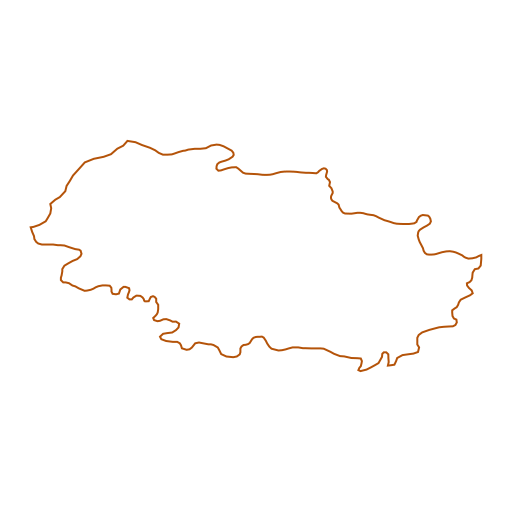 Maladzyechna, Minsk, Belarus
{"feature_id": "67162791B22380901430791", "entity_name": "Maladzyechna", "entity_type": "district", "adm_level": 2, "iso_a3": "BLR", "parent_name": "Belarus", "parent_adm1": "Minsk", "projection": "equal_earth", "projection_center": [26.93, 54.243], "detail": "fine", "context": "isolated", "style": "outline", "palette": "amber", "viewbox_px": 512, "rotation_deg": 0, "n_neighbors": 0, "source": "geoboundaries", "source_scale": "gbopen_adm2", "svg_char_len": 4942}
<svg xmlns="http://www.w3.org/2000/svg" viewBox="0 0 512 512"><path d="M30.7,227.3L32.2,232.0L34.0,236.1L34.4,239.1L36.2,241.9L38.2,243.5L41.8,244.5L47.3,244.5L52.9,244.5L57.9,245.2L60.6,245.2L64.4,245.5L68.9,247.1L71.4,247.9L75.2,249.1L79.1,249.7L80.6,250.7L81.5,253.8L80.4,256.3L77.2,259.1L72.7,260.9L68.2,263.4L64.4,265.7L62.3,269.1L62.3,271.4L61.6,275.4L60.9,277.7L60.9,280.1L63.2,282.4L65.7,282.4L69.0,283.2L72.4,285.5L75.4,286.4L78.7,288.3L84.6,290.8L86.9,290.6L90.7,289.8L93.4,288.7L95.7,287.3L98.4,286.2L102.5,285.4L105.8,285.4L109.7,285.7L111.3,287.7L111.5,289.5L111.5,291.6L112.6,293.8L116.0,294.3L118.9,293.6L119.8,291.0L120.3,289.5L123.5,286.9L125.5,286.9L129.1,288.2L129.5,290.3L128.9,292.3L128.0,294.4L127.3,297.7L129.5,299.4L131.8,299.4L133.4,297.5L136.3,295.7L137.9,295.7L140.4,295.9L142.6,297.5L143.8,299.2L144.2,300.7L144.9,301.3L146.9,301.3L148.7,301.2L149.9,298.7L150.8,297.0L153.0,296.2L154.6,296.9L156.2,298.7L156.2,302.0L158.2,304.8L158.2,309.1L157.7,312.5L156.8,314.3L155.5,315.8L153.2,318.0L154.1,320.1L157.5,321.2L160.0,320.8L163.4,319.3L166.3,319.1L170.1,320.4L172.6,321.7L176.0,321.6L179.2,323.7L178.5,327.5L176.0,330.1L172.2,332.5L167.2,333.1L163.1,333.8L160.0,336.7L161.3,339.2L166.1,341.0L173.1,341.9L177.3,341.9L179.8,343.3L181.0,345.3L181.9,348.3L186.6,349.8L189.5,349.3L191.8,347.6L193.4,345.6L195.2,343.3L199.0,342.5L201.5,343.0L208.3,344.3L210.8,344.3L213.5,345.0L217.8,347.5L219.4,350.4L221.2,354.1L226.4,356.5L233.2,357.2L236.8,356.5L239.7,354.4L240.4,352.2L240.4,348.5L241.5,346.5L243.5,345.0L245.7,344.8L248.1,344.1L249.7,343.0L250.7,341.4L252.0,339.3L253.5,337.8L255.7,337.0L257.7,336.8L259.7,336.8L261.9,336.6L263.7,337.6L265.8,340.7L267.2,343.5L269.3,346.6L271.5,348.7L278.5,350.5L282.0,350.2L285.6,349.4L288.8,348.4L292.6,347.4L298.3,347.4L302.9,348.2L305.4,348.2L311.4,348.4L314.5,348.4L320.5,348.4L323.7,348.7L330.4,351.8L334.0,353.8L340.0,356.1L344.2,356.4L351.3,358.0L357.3,358.2L360.8,358.5L361.9,361.1L361.5,363.4L360.8,366.2L359.4,367.8L358.4,370.1L360.5,371.1L366.5,369.6L370.7,367.5L374.9,365.2L378.5,363.1L382.0,356.9L382.3,353.8L383.8,352.3L386.2,352.3L388.3,354.3L388.4,358.2L388.7,362.1L387.9,365.6L391.2,365.2L394.4,364.7L396.1,361.1L397.2,358.0L402.5,355.1L408.1,354.3L413.4,353.6L418.0,352.0L419.1,347.4L417.3,344.5L417.3,340.7L417.3,337.8L418.7,335.0L422.2,332.4L429.3,329.9L435.3,328.3L439.1,327.3L443.7,326.8L448.7,326.5L452.9,326.3L455.4,325.0L456.8,322.4L456.4,319.6L453.9,318.5L452.5,316.0L452.2,312.6L452.2,310.3L454.6,308.5L456.7,307.2L458.1,304.9L458.9,302.4L460.7,299.7L465.4,297.4L470.0,295.3L472.7,293.3L471.7,290.4L468.9,287.9L467.1,285.5L466.9,283.3L469.6,282.1L471.4,280.3L472.2,277.7L472.5,274.2L472.7,272.6L474.8,269.2L478.4,268.5L480.7,265.6L481.0,262.4L481.3,258.9L481.3,255.0L478.8,256.0L476.2,257.4L472.3,258.3L468.4,258.6L465.4,257.6L463.7,256.6L462.3,255.4L458.3,253.5L455.7,252.4L453.1,251.7L449.9,251.2L446.3,251.4L442.1,252.2L438.7,253.2L436.1,254.0L434.2,254.4L431.4,254.6L429.0,254.6L426.8,254.3L424.9,252.9L423.6,250.7L423.0,248.3L421.3,245.0L419.7,242.0L418.7,239.4L418.0,236.8L417.7,235.7L418.2,232.3L418.8,231.0L420.0,229.7L423.6,227.4L427.0,225.6L429.8,223.7L430.9,221.4L430.3,218.7L429.2,216.7L427.9,215.6L422.8,215.0L420.8,215.7L418.9,217.1L417.9,218.9L416.9,220.6L416.5,221.9L414.3,223.3L412.3,223.6L409.0,224.0L403.2,224.0L400.3,223.9L396.7,223.7L393.7,223.1L390.6,222.0L388.0,221.2L384.4,220.2L381.8,219.0L378.9,217.7L376.1,216.2L373.5,215.2L370.3,214.8L367.5,214.4L365.2,213.8L363.3,213.2L360.2,212.8L357.4,212.8L354.1,213.3L351.4,213.7L347.6,213.6L345.0,213.5L343.1,212.7L341.7,211.2L340.4,209.1L339.4,207.6L338.6,204.6L337.2,203.3L334.7,202.0L332.4,200.8L331.4,199.4L331.0,198.1L331.0,196.9L331.3,195.7L332.7,193.0L332.7,191.5L331.4,188.2L329.2,185.8L330.0,182.1L328.8,179.7L327.8,179.2L325.9,176.8L326.1,175.1L327.1,171.6L326.9,170.1L325.6,168.7L323.9,168.3L321.9,169.0L319.1,171.0L318.1,172.2L316.3,173.3L312.6,173.0L309.0,172.8L305.9,172.8L300.5,172.4L296.6,171.9L293.9,171.7L289.0,171.5L284.4,171.6L280.6,172.0L276.1,173.2L272.8,174.2L270.1,174.7L266.3,174.9L262.4,174.8L257.7,174.2L253.9,174.0L249.3,173.8L245.6,173.6L243.0,172.7L238.3,168.6L236.2,167.2L231.6,167.4L228.1,168.1L223.9,169.4L221.0,170.4L218.4,170.7L216.4,168.7L216.6,166.2L217.3,164.2L219.3,162.5L221.5,161.7L225.4,160.6L228.7,159.3L232.6,156.7L233.7,154.9L233.3,152.7L231.6,150.6L226.2,147.7L223.6,146.3L219.6,144.9L216.6,144.6L211.1,145.5L208.2,147.0L205.9,148.2L202.1,148.6L200.3,148.8L194.7,148.8L188.3,149.6L185.2,150.6L183.1,150.8L178.5,152.1L174.3,153.6L171.8,154.4L166.9,154.7L163.0,154.7L158.8,152.9L155.2,150.3L150.0,147.8L141.9,145.0L135.5,142.2L127.4,140.9L127.2,141.2L123.2,145.7L117.3,148.7L111.0,154.2L103.7,156.8L93.8,158.8L84.8,162.4L79.8,168.0L73.0,175.5L69.8,181.0L66.6,185.9L65.3,191.2L59.8,197.1L55.3,199.7L50.3,204.0L51.2,208.2L50.3,213.5L47.5,218.4L45.7,221.3L39.4,224.9L33.5,226.9L30.7,227.3Z" fill="none" stroke="#b45309" stroke-width="2"/></svg>